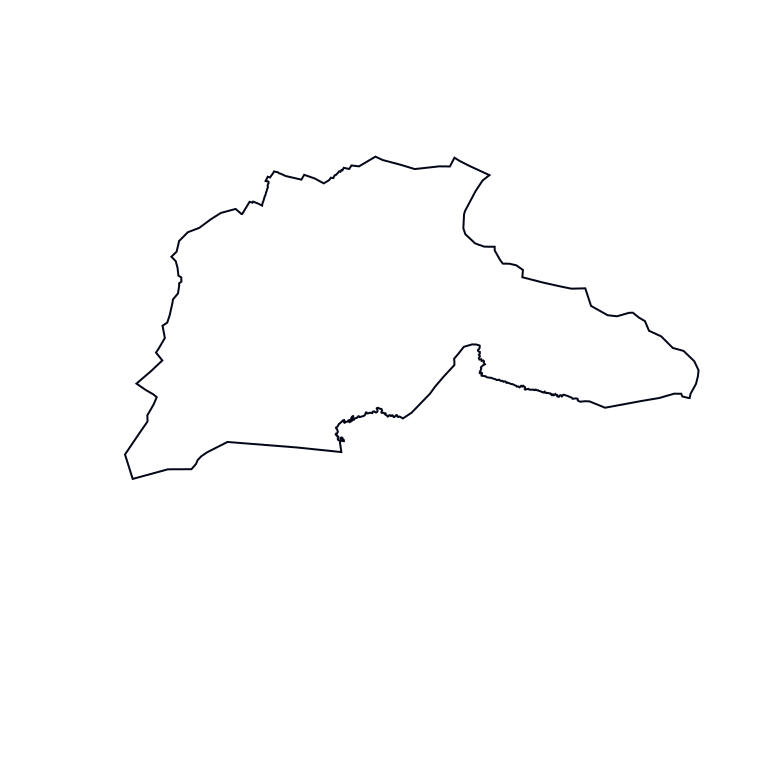 Kiyawa, Jigawa, Nigeria (Equal Earth projection), rotated 38°
{"feature_id": "59680162B95265909286240", "entity_name": "Kiyawa", "entity_type": "district", "adm_level": 2, "iso_a3": "NGA", "parent_name": "Nigeria", "parent_adm1": "Jigawa", "projection": "equal_earth", "projection_center": [9.668, 11.797], "detail": "fine", "context": "isolated", "style": "outline", "palette": "ink", "viewbox_px": 768, "rotation_deg": 38, "n_neighbors": 0, "source": "geoboundaries", "source_scale": "gbopen_adm2", "svg_char_len": 6153}
<svg xmlns="http://www.w3.org/2000/svg" viewBox="0 0 768 768"><g transform="rotate(38 384 384)"><path d="M392.3,463.9L385.1,457.0L385.2,454.5L385.4,454.1L385.9,454.3L386.9,454.3L387.6,453.7L387.2,453.2L386.7,452.8L385.2,452.6L384.7,452.2L383.9,452.1L383.3,452.5L383.1,452.9L383.4,453.4L384.1,453.6L384.4,454.1L383.9,455.8L383.2,456.2L382.5,456.3L381.9,456.1L381.4,455.8L381.1,455.2L381.4,454.6L381.1,454.2L380.5,453.7L379.8,453.6L379.3,454.0L378.3,453.3L377.7,453.7L377.1,453.6L376.7,453.0L376.8,452.5L377.3,452.3L377.3,450.8L377.1,450.1L374.8,448.5L373.2,448.2L373.0,447.7L373.6,446.4L373.1,443.4L373.6,441.5L373.7,440.4L373.9,439.7L374.0,438.0L374.8,437.0L375.3,437.3L375.7,438.4L376.0,438.7L376.6,438.9L376.9,438.8L377.0,438.6L376.8,437.8L376.9,437.5L377.9,436.8L378.2,436.3L378.3,435.8L378.4,434.5L378.5,434.2L379.3,433.3L379.5,433.3L379.6,434.1L379.9,435.0L380.1,435.3L380.4,435.3L381.3,433.0L381.5,432.0L381.2,431.8L380.2,432.2L379.7,431.9L379.6,431.3L379.1,430.9L379.0,430.2L379.1,429.0L379.3,428.3L379.6,428.3L380.2,430.0L381.3,430.8L382.1,430.9L382.3,430.7L382.2,428.9L382.4,428.5L382.9,428.2L383.4,427.6L383.5,426.7L383.6,425.2L384.1,424.9L384.8,425.2L385.2,425.1L387.7,421.6L388.0,420.8L388.1,420.2L387.6,418.7L387.3,417.6L387.4,417.3L387.8,417.1L388.6,417.6L389.2,417.3L390.7,415.3L391.5,414.7L392.6,414.3L392.7,414.1L392.3,413.2L392.3,412.6L392.5,412.2L393.3,411.6L393.8,411.5L394.4,411.7L395.0,411.5L395.4,411.2L395.7,410.6L395.8,409.9L395.5,409.3L394.7,408.4L394.1,408.1L393.5,408.0L393.2,407.6L393.3,407.2L393.8,406.5L396.6,405.8L397.2,405.3L397.6,405.3L398.9,406.2L399.0,407.3L399.6,408.1L400.1,408.1L401.0,407.2L401.4,406.9L402.7,407.1L403.0,406.3L403.3,406.2L403.5,406.9L403.9,407.2L404.2,407.3L404.6,407.0L407.1,407.3L407.4,406.1L407.4,405.3L408.0,404.9L409.1,405.0L409.4,404.7L409.4,404.0L409.7,403.6L410.0,403.4L411.9,404.1L412.3,403.9L412.5,403.4L412.9,400.9L413.3,400.6L414.0,400.7L414.6,401.4L415.6,401.2L416.4,400.0L420.1,399.5L423.4,389.7L426.2,363.5L425.9,354.2L426.5,341.0L427.8,325.7L425.9,323.3L423.7,320.9L424.0,313.8L424.0,305.6L429.0,298.6L432.2,296.2L435.6,294.8L436.6,295.7L437.4,297.6L437.1,299.4L438.2,300.2L439.7,299.7L440.7,300.8L440.8,302.6L442.3,302.9L442.7,303.9L442.8,305.3L444.1,306.0L445.4,304.6L446.7,305.7L447.7,304.4L448.8,304.5L449.4,305.8L451.4,306.3L450.6,308.1L450.1,311.0L450.4,311.6L451.2,312.0L451.9,314.4L452.1,315.8L452.8,316.5L453.4,316.2L453.7,315.2L454.1,315.0L454.5,315.1L454.8,315.3L455.1,315.7L455.0,316.3L455.3,317.0L455.8,317.4L459.1,315.5L459.6,315.3L460.1,315.5L461.3,315.2L463.5,313.9L464.6,313.1L466.0,312.8L469.0,311.6L470.3,311.5L470.9,311.1L471.9,309.8L472.3,309.6L472.9,309.8L473.8,309.7L474.5,309.5L475.1,308.8L476.1,308.5L476.7,308.7L477.9,307.3L478.9,307.4L479.3,307.2L479.8,307.6L480.1,307.5L480.2,307.1L480.5,306.9L482.0,306.3L484.1,305.8L485.5,304.9L487.4,304.6L489.4,304.0L490.2,304.3L491.7,303.1L492.8,303.3L493.2,302.1L493.1,301.2L493.2,300.9L493.8,300.5L494.3,300.9L494.6,300.8L494.7,300.0L494.9,299.7L495.3,299.9L496.7,299.6L497.1,300.0L497.3,300.0L498.0,300.5L498.3,301.0L498.1,301.2L498.1,301.5L498.4,301.6L499.2,301.0L499.4,300.5L500.2,299.7L500.6,299.0L501.0,298.8L501.9,299.0L503.9,297.6L504.8,296.7L505.1,296.8L505.9,296.2L506.4,296.2L506.6,296.0L506.9,295.1L507.1,294.9L507.6,295.1L508.9,294.5L509.4,294.2L509.5,294.0L510.0,294.1L511.3,293.7L511.8,293.3L513.2,293.2L514.2,292.5L514.6,292.7L515.4,292.2L515.5,292.0L515.5,291.4L516.0,291.7L516.5,291.1L517.1,291.3L517.8,291.1L518.0,290.7L518.9,290.0L520.4,289.5L520.9,289.0L521.3,289.3L521.8,289.3L521.9,289.0L522.7,288.6L523.3,288.7L523.2,289.4L523.4,289.4L523.7,288.8L524.0,288.7L524.1,288.2L524.6,288.4L524.8,288.2L525.0,287.8L525.1,287.2L525.0,286.7L525.1,286.4L525.4,286.5L525.4,287.0L525.6,287.0L525.9,286.5L527.1,286.1L527.3,286.4L527.8,286.7L528.1,287.1L528.3,287.1L528.5,286.5L528.7,286.3L529.0,286.3L529.5,286.5L529.7,286.4L529.7,286.0L529.7,284.5L530.4,283.9L531.8,284.3L531.9,283.9L531.8,282.7L531.9,282.2L532.2,281.8L532.5,281.6L533.7,281.3L536.5,280.2L537.9,280.0L538.8,279.6L540.3,279.2L541.4,279.5L541.8,279.5L542.2,279.1L544.0,277.2L545.3,276.6L546.0,276.6L546.8,277.6L547.4,277.7L549.6,277.1L552.9,273.9L556.6,271.2L572.8,266.6L597.5,238.7L609.5,225.6L618.6,213.0L624.2,208.7L626.8,210.2L628.5,209.3L629.9,208.8L631.2,208.1L632.1,207.8L633.5,206.9L631.6,203.0L629.8,191.9L626.6,184.6L623.4,179.5L614.4,175.0L599.7,173.5L589.3,177.8L573.2,175.8L560.1,178.9L550.9,173.8L544.2,174.7L536.2,174.6L533.3,177.0L525.9,187.2L517.9,192.1L499.1,195.0L483.7,184.7L473.0,193.5L464.2,197.9L447.0,206.1L427.3,214.7L423.3,208.6L415.2,209.0L408.8,212.0L403.5,216.0L398.9,214.7L389.0,210.6L386.7,207.7L378.8,213.8L377.8,214.3L375.4,215.0L372.9,216.0L371.2,216.4L369.2,217.1L355.9,215.9L350.7,212.5L342.6,201.0L341.3,197.6L337.4,175.6L336.4,162.9L338.5,154.5L316.4,159.7L306.7,161.6L300.2,162.3L302.0,172.0L293.5,178.5L275.9,195.7L262.4,200.9L245.1,208.3L237.3,210.1L230.3,227.9L223.8,231.8L224.2,236.0L219.2,238.4L219.7,241.2L218.7,241.5L219.0,243.6L217.7,244.0L217.7,246.1L217.5,247.1L217.6,248.4L216.8,249.5L216.8,251.2L217.3,252.9L216.1,253.7L215.2,254.1L215.2,257.3L213.0,263.0L202.9,264.7L192.3,268.3L193.1,273.8L179.0,280.4L177.6,280.9L173.8,281.7L171.3,282.6L169.8,282.5L168.7,283.2L166.5,284.1L166.8,286.0L167.0,291.4L164.8,292.2L165.7,296.9L166.9,296.4L167.6,295.8L168.7,295.9L169.4,296.8L169.6,298.2L170.3,299.5L171.4,300.4L171.9,302.3L172.9,304.7L173.3,306.1L174.2,307.9L174.4,309.3L176.2,313.8L176.9,316.2L178.1,318.5L173.4,319.4L168.5,320.9L168.7,322.1L165.9,323.2L167.6,337.3L167.1,337.8L159.3,337.4L150.1,349.7L146.1,360.9L142.3,374.7L136.0,385.1L134.5,397.4L139.1,407.4L138.1,414.6L144.2,415.4L149.7,419.5L155.3,425.2L158.6,424.8L161.3,428.0L160.6,430.9L162.0,432.5L165.9,439.5L165.6,447.3L167.2,450.0L172.8,461.8L175.4,469.1L173.6,474.4L183.0,482.7L184.6,494.5L185.0,499.6L194.8,501.9L192.5,517.2L188.7,536.1L199.9,535.4L208.6,534.2L213.0,534.3L215.0,541.7L216.8,554.4L220.6,558.9L220.9,561.5L221.3,569.8L223.3,599.0L244.4,613.5L266.2,584.3L284.7,569.7L285.1,562.8L284.0,558.7L284.5,553.4L286.8,546.4L296.3,526.1L354.5,487.6L392.3,463.9Z" fill="none" stroke="#020617" stroke-width="2"/></g></svg>